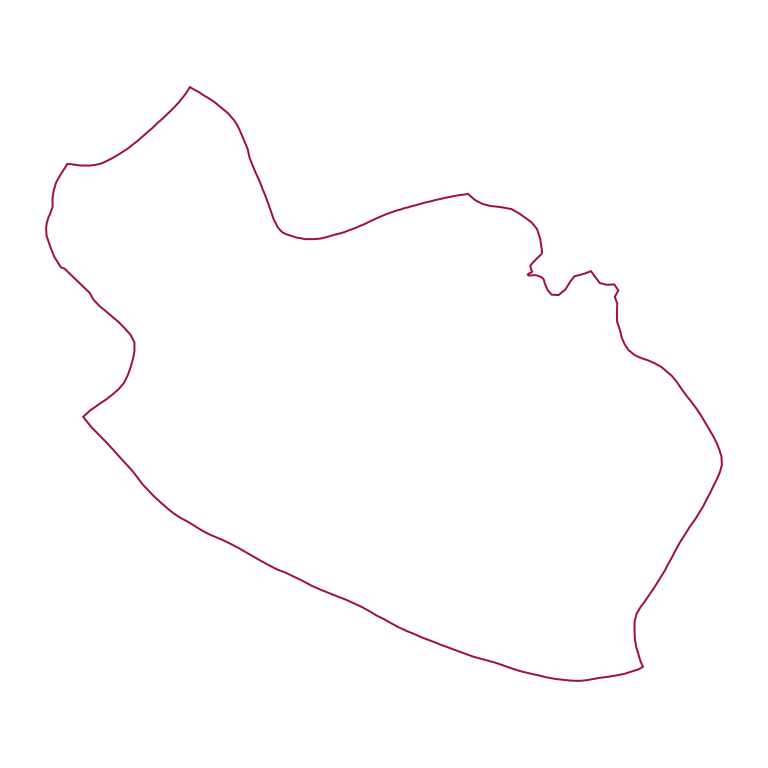 Ad Dulay'ah, Hadramawt, Yemen (Albers equal-area conic projection)
{"feature_id": "15242507B8260286715328", "entity_name": "Ad Dulay'ah", "entity_type": "district", "adm_level": 2, "iso_a3": "YEM", "parent_name": "Yemen", "parent_adm1": "Hadramawt", "projection": "albers", "projection_center": [47.896, 15.014], "detail": "fine", "context": "isolated", "style": "outline", "palette": "rose", "viewbox_px": 768, "rotation_deg": 0, "n_neighbors": 0, "source": "geoboundaries", "source_scale": "gbopen_adm2", "svg_char_len": 5844}
<svg xmlns="http://www.w3.org/2000/svg" viewBox="0 0 768 768"><path d="M467.9,193.7L466.2,194.3L464.5,194.5L462.8,194.7L459.2,195.1L457.7,195.4L457.4,195.5L455.5,195.8L451.9,196.5L451.4,196.6L448.5,197.2L444.6,197.9L443.5,198.2L440.2,199.0L435.9,199.9L431.5,201.1L427.6,202.0L423.7,202.9L421.9,203.5L419.6,204.1L415.5,205.3L411.6,206.2L410.2,206.6L408.2,207.4L405.3,207.9L404.8,208.0L401.6,209.2L401.0,209.4L398.2,210.1L394.4,211.3L392.4,212.0L389.6,213.0L386.5,214.1L383.1,215.5L380.2,216.7L377.0,218.1L373.8,219.6L373.2,219.9L370.7,221.0L367.5,222.6L364.6,224.1L361.7,225.2L356.3,227.6L356.1,227.7L350.7,229.7L347.5,230.9L344.4,232.1L339.7,233.5L335.1,234.6L330.5,236.0L326.8,237.0L325.4,237.4L320.3,238.6L315.7,239.0L314.0,239.1L312.1,239.2L310.0,239.1L307.7,239.1L304.6,239.1L303.5,238.8L300.9,238.3L296.1,237.5L293.6,236.6L290.8,235.7L288.0,234.8L286.2,234.2L282.9,232.7L280.5,230.5L278.7,228.5L278.1,227.8L276.0,223.8L275.3,222.4L273.6,219.2L271.3,212.3L270.4,209.7L269.4,207.0L268.8,205.1L267.6,201.8L266.8,199.8L265.5,196.2L264.3,193.0L262.9,190.0L261.7,186.6L259.4,181.0L258.0,177.8L255.4,172.2L253.1,166.6L252.5,165.1L251.9,163.6L249.9,158.8L249.6,158.0L248.4,152.6L248.0,150.4L247.8,149.4L247.4,148.6L246.6,146.5L245.4,143.6L245.1,142.9L244.0,140.4L243.2,138.4L242.6,137.0L242.1,135.7L241.4,134.0L238.9,128.4L236.3,123.5L233.9,120.0L231.5,117.3L228.2,113.4L224.4,110.2L221.0,107.5L220.3,107.0L216.5,103.7L214.9,102.5L212.6,100.8L208.3,98.0L203.3,95.1L198.5,91.8L195.1,90.1L189.8,87.1L189.1,88.5L185.6,93.8L185.0,94.6L181.4,99.1L178.9,102.3L176.0,105.4L173.6,107.9L172.3,109.2L170.0,111.5L169.1,112.3L168.2,113.2L166.4,115.0L165.2,116.1L162.0,119.1L158.1,122.4L157.0,123.5L154.9,125.5L153.5,126.9L152.2,128.2L148.4,131.4L148.0,131.8L143.8,135.4L139.2,139.4L137.7,140.8L136.7,141.6L132.6,144.7L130.2,146.6L129.4,147.4L125.7,150.0L123.0,151.6L119.8,153.8L116.4,155.7L114.6,156.8L112.5,158.1L110.3,159.2L109.3,159.7L105.9,161.4L103.1,162.7L102.3,163.1L99.3,164.0L98.4,164.2L95.2,164.9L93.7,165.1L92.9,165.2L89.1,165.6L85.6,165.5L83.3,165.5L82.0,165.5L79.7,165.4L76.1,164.9L72.5,164.4L68.8,164.0L67.3,163.9L65.3,167.3L62.7,171.3L60.8,174.2L56.3,182.0L53.8,190.1L52.5,198.3L52.6,206.0L52.6,206.7L51.8,209.1L49.7,215.1L48.8,216.3L46.6,223.6L46.1,228.9L46.6,235.9L50.7,247.9L54.3,256.8L60.6,266.9L62.2,267.9L64.5,268.6L89.7,292.9L92.4,297.7L93.8,300.1L99.7,306.2L106.2,311.5L112.5,316.9L114.3,318.4L118.9,322.3L125.0,328.6L127.3,331.2L130.6,334.9L134.4,342.4L134.4,345.0L134.5,350.8L133.9,354.1L133.0,358.8L130.7,367.0L127.9,374.9L127.0,376.8L124.2,382.5L118.9,388.9L112.6,394.4L107.2,398.6L106.0,399.5L105.9,399.6L102.1,402.1L99.0,404.2L93.2,408.4L92.0,409.2L90.8,409.8L83.2,416.9L92.2,428.1L93.8,429.6L97.0,432.8L98.5,434.3L101.8,437.7L107.5,443.6L109.4,445.7L113.9,450.5L120.4,457.9L127.0,465.0L133.0,471.7L134.3,473.4L137.7,477.8L140.3,481.3L142.0,483.7L143.6,485.4L147.5,489.6L153.7,496.1L155.3,497.6L160.4,502.2L166.8,507.8L167.8,508.7L173.3,513.1L175.6,514.7L180.9,518.1L185.9,520.7L187.0,521.3L190.7,523.5L193.7,525.3L201.1,530.0L201.7,530.3L208.5,534.0L215.0,536.8L222.1,539.8L223.7,540.5L230.9,544.0L235.2,546.3L239.1,548.3L245.1,551.8L248.9,554.0L258.5,559.5L264.5,562.8L267.6,564.5L276.5,569.2L285.2,572.5L287.3,573.5L293.1,576.3L302.4,580.8L311.6,585.7L320.7,589.8L323.1,590.7L329.6,593.3L338.3,596.8L344.6,599.2L346.2,599.8L347.7,600.5L353.4,603.1L360.2,606.2L362.1,607.1L370.5,611.8L376.2,615.3L380.6,617.5L383.7,619.0L387.8,621.3L390.4,622.8L398.1,627.0L407.4,631.3L414.2,634.0L421.1,637.1L428.1,639.8L433.2,641.7L434.8,642.3L439.2,644.1L441.1,644.9L449.5,647.9L457.4,650.9L462.9,652.9L465.1,653.7L473.3,656.7L475.5,657.3L481.0,658.8L488.5,660.8L495.0,662.6L499.8,664.2L503.7,665.6L511.6,668.4L512.9,668.8L517.1,670.1L519.6,670.9L523.2,671.9L528.7,673.2L535.8,674.8L538.4,675.3L546.3,677.3L555.0,678.9L562.0,679.7L570.7,680.6L578.1,680.9L578.9,680.9L579.9,680.8L586.2,680.3L593.7,678.9L600.3,677.8L601.9,677.6L609.9,676.5L617.6,675.2L617.9,675.1L624.9,673.7L629.4,672.2L631.3,671.6L638.1,669.5L640.9,668.0L643.0,666.8L640.4,661.0L638.3,653.9L636.7,648.6L636.2,647.1L634.9,639.3L634.8,637.5L634.5,630.3L634.6,621.3L635.2,619.1L636.7,613.5L639.4,609.0L640.4,607.2L645.1,601.0L647.3,597.8L650.7,592.8L653.2,589.1L655.4,585.8L659.9,578.5L663.6,572.6L664.8,570.6L666.6,567.1L668.3,563.8L672.8,555.8L674.3,552.6L675.8,549.8L680.0,542.3L684.9,534.6L688.4,529.0L689.9,526.6L692.0,523.7L695.0,519.6L699.2,512.8L703.5,505.8L706.7,499.3L710.2,492.8L711.9,489.2L713.2,486.5L714.1,484.6L716.9,479.2L719.4,473.4L720.1,471.7L721.9,464.7L721.5,456.9L719.7,450.8L719.5,450.1L716.9,443.5L714.0,437.7L712.9,435.6L709.1,429.2L708.9,428.8L704.4,421.2L702.5,418.0L700.4,414.5L697.1,409.6L696.1,408.2L693.2,404.3L691.9,402.5L691.2,401.6L686.6,395.9L682.6,390.4L681.4,388.7L679.9,386.5L676.9,382.1L674.9,379.6L671.9,376.0L670.4,374.7L666.7,371.5L663.2,368.5L661.2,366.8L655.4,363.7L654.7,363.3L648.0,360.3L641.0,358.0L634.5,355.0L628.5,350.1L628.2,349.5L624.7,344.4L622.7,339.9L621.7,337.6L620.1,330.5L618.0,324.4L617.1,321.7L616.9,311.5L617.3,303.7L614.8,296.9L618.3,290.3L617.1,288.6L614.2,284.4L606.7,284.8L604.0,284.1L599.7,283.0L598.5,281.3L595.7,277.6L591.0,271.2L584.5,273.6L583.9,273.8L574.3,276.4L570.2,281.7L565.3,289.6L563.2,291.3L558.5,295.1L556.7,295.0L551.5,294.6L547.4,289.7L547.2,289.4L545.9,286.0L544.4,282.3L544.2,280.5L543.2,278.8L542.1,277.7L540.3,276.7L537.7,275.7L534.8,275.1L531.0,275.4L528.7,275.5L527.9,274.9L527.9,274.3L528.8,273.6L532.0,272.1L532.1,271.1L531.3,270.1L530.3,265.8L532.5,262.9L537.4,258.0L540.6,254.9L541.7,253.8L542.1,252.0L540.2,238.7L537.0,229.0L531.5,222.3L525.2,217.7L522.5,215.8L518.1,212.8L515.9,211.6L511.6,209.1L504.6,207.8L502.9,207.5L497.4,206.7L492.5,206.2L489.9,205.9L482.6,203.9L476.5,200.9L475.9,200.6L470.7,196.4L468.0,193.8L467.9,193.7Z" fill="none" stroke="#9f1239" stroke-width="2"/></svg>